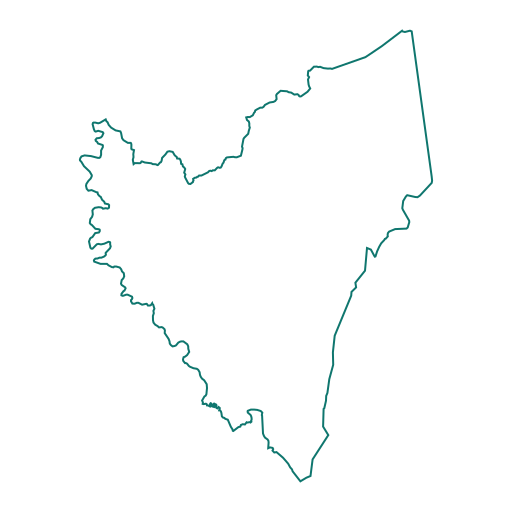 Gontougo, Zanzan, Ivory Coast (Natural Earth projection)
{"feature_id": "98640826B5040161076408", "entity_name": "Gontougo", "entity_type": "district", "adm_level": 2, "iso_a3": "CIV", "parent_name": "Ivory Coast", "parent_adm1": "Zanzan", "projection": "natural_earth1", "projection_center": [-3.58, 7.921], "detail": "fine", "context": "isolated", "style": "outline", "palette": "teal", "viewbox_px": 512, "rotation_deg": 0, "n_neighbors": 0, "source": "geoboundaries", "source_scale": "gbopen_adm2", "svg_char_len": 6017}
<svg xmlns="http://www.w3.org/2000/svg" viewBox="0 0 512 512"><path d="M105.7,119.4L100.0,122.8L98.2,123.3L95.3,122.6L93.5,122.6L93.0,122.9L92.6,124.2L93.9,129.2L94.7,131.0L95.2,131.4L95.7,131.6L98.2,130.8L102.7,132.1L103.4,133.2L102.1,136.2L100.9,137.4L99.2,138.0L96.7,138.3L95.5,139.8L95.8,140.9L97.2,142.0L98.0,143.5L102.6,145.0L102.9,145.6L102.8,147.2L101.1,150.5L101.1,154.8L100.3,157.2L99.3,157.9L98.0,157.9L91.0,156.1L84.6,155.4L81.5,156.4L80.3,158.2L79.9,159.7L80.0,160.4L81.4,161.9L84.0,166.2L89.7,171.6L91.8,175.2L91.7,176.4L90.7,178.5L88.4,180.9L86.4,183.9L86.0,185.8L86.7,188.8L88.4,190.7L91.6,190.1L96.6,192.3L97.5,192.4L98.0,194.4L99.7,196.3L100.7,196.8L102.1,199.8L104.2,201.7L104.9,203.5L108.4,204.3L109.1,205.1L109.0,207.7L107.7,208.6L105.8,208.2L103.0,208.7L102.5,208.1L101.0,207.4L98.6,207.2L94.9,207.8L93.2,209.2L92.4,210.5L92.8,214.4L92.1,216.8L90.3,219.2L89.8,223.0L90.7,224.3L91.9,225.0L95.4,228.8L98.6,229.2L99.5,229.5L99.8,230.0L99.7,231.3L98.9,232.5L95.2,233.1L92.4,237.1L90.9,237.8L90.1,238.6L89.0,241.5L90.4,247.7L91.4,248.7L92.5,248.7L96.8,244.3L98.3,243.9L101.0,244.4L104.3,243.7L108.5,241.8L109.9,242.1L110.2,242.7L110.1,244.2L110.7,246.4L110.0,248.3L105.8,252.7L105.6,253.1L105.9,254.5L105.6,255.3L104.0,256.6L101.3,257.7L99.4,257.7L97.5,258.5L95.4,258.6L94.3,259.6L93.9,260.4L94.2,261.6L100.6,263.9L107.0,263.9L108.5,265.3L111.9,267.1L113.5,267.3L114.3,266.5L116.1,266.5L119.7,267.5L121.2,269.3L122.0,271.4L123.8,273.2L124.2,276.3L123.3,278.4L121.7,280.1L121.0,283.7L121.7,285.0L125.2,287.4L125.6,288.3L124.4,290.7L123.6,291.0L121.5,293.8L121.4,295.3L122.5,295.8L123.4,295.7L126.1,294.7L127.7,294.7L132.0,296.7L132.4,298.0L131.8,299.4L131.0,300.1L131.0,301.3L132.4,303.6L134.7,303.7L136.8,302.8L138.4,302.8L142.1,304.7L146.3,303.8L146.8,303.9L147.9,305.5L149.9,305.5L150.9,305.1L152.2,303.2L152.5,304.2L153.2,304.7L154.4,308.7L153.4,310.9L153.8,313.2L152.9,316.0L153.0,320.3L153.5,322.6L155.2,324.7L157.6,326.1L159.0,327.4L161.7,327.1L162.8,327.6L164.5,329.2L164.9,330.5L164.7,333.1L168.6,338.9L169.5,341.3L169.8,343.6L170.9,345.1L172.6,346.4L174.6,346.0L176.0,345.4L178.3,342.6L180.0,341.7L181.3,341.4L183.4,341.4L187.3,344.3L188.2,346.3L188.3,348.8L189.2,351.9L187.1,355.1L185.0,356.7L183.6,357.2L183.0,359.4L183.2,360.8L185.0,363.1L185.7,363.0L187.1,363.7L188.8,365.9L189.9,366.7L193.4,368.2L196.8,368.8L198.2,369.8L199.6,372.2L200.0,374.9L200.7,376.7L202.0,378.6L204.2,380.3L206.7,384.2L207.0,388.1L206.4,394.2L205.7,395.6L204.4,396.5L202.1,400.5L202.9,402.4L202.7,403.9L203.7,404.1L205.9,403.7L206.7,404.2L207.0,405.4L208.0,405.4L210.2,406.6L210.6,406.3L210.1,405.5L210.0,404.1L210.6,403.2L211.1,403.4L211.5,405.2L212.3,406.5L212.7,406.6L212.7,404.6L213.5,404.0L213.7,406.8L214.3,407.1L215.4,406.5L215.5,406.0L214.6,404.3L214.9,404.0L216.2,404.6L216.5,405.6L216.1,406.8L216.4,407.9L217.3,408.4L218.6,407.0L219.8,408.1L219.2,410.3L220.0,410.3L220.9,411.4L221.4,413.0L221.9,416.4L223.2,417.7L224.4,417.9L225.2,418.8L227.8,419.7L230.8,426.7L232.5,429.4L232.8,430.8L233.3,431.0L238.4,427.1L240.3,426.6L240.9,425.0L242.8,424.2L244.9,424.5L246.6,422.3L247.1,422.6L249.9,422.1L250.5,422.5L251.4,421.7L251.1,420.8L251.6,419.7L251.6,418.1L251.2,416.3L250.5,414.9L247.8,412.6L247.6,411.2L247.8,410.8L250.9,409.6L254.2,409.6L257.2,409.9L260.7,411.0L262.3,412.6L261.8,415.1L262.1,415.7L263.0,433.5L263.9,435.8L265.0,437.6L267.6,439.5L268.4,440.8L268.6,442.6L268.2,448.2L270.0,447.4L272.6,447.9L273.2,449.1L272.5,450.6L274.3,452.5L276.5,452.1L283.1,457.8L288.2,463.7L290.2,467.4L292.0,469.4L292.6,471.3L300.4,481.3L306.4,477.7L310.5,476.0L312.6,459.4L328.3,435.1L323.1,426.6L323.6,408.9L324.3,408.2L326.0,400.7L326.2,395.9L327.4,393.0L329.3,379.1L333.2,364.8L332.9,352.3L334.7,335.7L351.2,295.7L351.5,291.9L356.1,287.4L355.4,282.7L365.0,270.7L367.0,248.0L370.9,249.6L374.3,255.9L374.9,256.7L375.5,256.4L377.1,251.4L379.2,246.8L381.2,243.3L384.2,240.1L384.9,238.9L385.7,238.7L387.8,236.4L387.6,234.9L387.9,233.1L389.1,231.6L395.1,229.1L406.5,228.6L407.7,227.5L409.3,222.1L409.1,220.6L402.9,209.8L402.3,208.2L403.2,201.0L405.9,196.5L407.2,195.2L415.2,197.0L417.5,197.2L419.9,195.6L431.7,182.9L432.1,180.7L431.7,176.7L411.7,31.4L410.0,30.7L404.9,32.0L402.2,31.3L402.0,30.8L381.6,46.3L365.5,57.1L332.0,68.9L330.6,68.5L327.8,68.6L323.5,68.1L320.1,66.8L318.4,67.1L316.8,66.6L313.9,66.7L310.1,70.6L308.5,70.8L308.2,71.3L307.8,75.5L309.1,77.1L308.0,79.5L308.6,84.6L309.1,86.3L310.2,88.5L307.5,91.8L301.1,96.3L300.0,96.5L299.2,96.1L298.5,94.9L297.4,94.2L294.3,94.6L291.2,92.6L288.6,92.2L287.1,91.3L280.6,90.8L276.9,94.0L276.2,95.2L276.6,99.1L275.2,101.0L273.5,101.9L269.6,102.5L265.0,104.9L263.5,106.9L262.2,107.7L260.2,107.7L257.1,109.3L255.2,110.5L254.9,111.9L254.1,112.7L252.8,115.3L249.8,117.1L247.8,117.0L246.2,117.4L247.0,120.0L248.8,121.5L249.3,123.3L249.3,126.0L249.8,127.6L248.8,130.8L248.2,133.8L244.2,137.8L243.5,138.9L242.0,146.7L242.6,148.1L242.4,149.6L240.9,155.7L236.7,157.3L234.8,157.2L233.4,156.8L227.0,157.4L225.9,158.1L225.4,159.6L224.8,159.7L224.2,160.4L223.5,162.7L222.7,163.5L221.5,166.5L220.7,167.6L219.7,167.8L218.1,167.3L217.2,167.8L214.8,170.3L212.8,170.3L211.7,171.1L210.3,170.7L209.2,171.0L208.0,172.3L201.5,175.5L199.1,175.5L198.0,176.7L197.2,176.8L196.5,177.5L194.7,177.8L193.1,178.9L193.5,180.6L192.9,181.4L192.9,182.1L190.4,184.0L188.8,183.8L188.1,183.1L185.1,177.4L184.8,176.4L185.4,174.4L184.2,172.7L185.2,169.0L184.3,167.6L182.9,166.4L182.4,164.3L181.1,163.8L180.9,161.4L180.2,159.5L179.5,158.7L177.1,158.5L176.8,157.1L174.7,155.3L172.7,151.9L169.4,151.2L167.4,151.7L165.4,154.5L162.1,157.9L161.6,160.8L160.9,162.2L160.1,162.5L157.9,165.0L157.4,165.1L155.9,164.3L152.6,164.1L151.4,163.3L144.8,162.5L141.9,161.4L141.5,161.5L140.6,162.9L140.0,163.2L134.8,163.1L133.6,164.1L132.8,159.8L133.5,157.2L133.3,154.1L134.0,150.1L131.6,149.3L131.3,148.7L131.4,144.7L131.1,143.3L130.7,142.9L127.9,142.9L123.5,140.2L122.1,138.3L121.1,133.1L120.4,131.4L115.6,130.4L111.1,127.6L108.7,124.9L107.6,122.3L106.3,121.1L105.7,119.4Z" fill="none" stroke="#0f766e" stroke-width="2"/></svg>